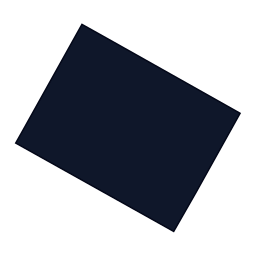 outline of Henry, Iowa, United States of America, rotated 119°
{"feature_id": "52423323B58057992279979", "entity_name": "Henry", "entity_type": "district", "adm_level": 2, "iso_a3": "USA", "parent_name": "United States of America", "parent_adm1": "Iowa", "projection": "mercator", "projection_center": [-91.542, 40.988], "detail": "fine", "context": "isolated", "style": "filled", "palette": "ink", "viewbox_px": 256, "rotation_deg": 119, "n_neighbors": 0, "source": "geoboundaries", "source_scale": "gbopen_adm2", "svg_char_len": 271}
<svg xmlns="http://www.w3.org/2000/svg" viewBox="0 0 256 256"><g transform="rotate(119 128 128)"><path d="M59.9,173.1L59.7,218.5L181.0,218.8L195.6,218.9L196.1,83.2L196.3,37.9L151.1,37.3L60.8,37.1L59.9,173.1Z" fill="#0f172a" stroke="#020617" stroke-width="1.5"/></g></svg>